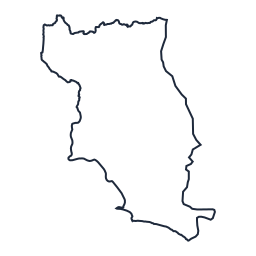 outline of Solís Grande, Maldonado, Uruguay
{"feature_id": "84410073B83556498803865", "entity_name": "Solís Grande", "entity_type": "district", "adm_level": 2, "iso_a3": "URY", "parent_name": "Uruguay", "parent_adm1": "Maldonado", "projection": "mercator", "projection_center": [-55.417, -34.719], "detail": "fine", "context": "isolated", "style": "outline", "palette": "slate", "viewbox_px": 256, "rotation_deg": 0, "n_neighbors": 0, "source": "geoboundaries", "source_scale": "gbopen_adm2", "svg_char_len": 5524}
<svg xmlns="http://www.w3.org/2000/svg" viewBox="0 0 256 256"><path d="M116.4,208.4L117.0,208.7L120.5,208.9L123.2,209.5L126.9,210.7L129.8,212.1L131.4,213.7L132.0,215.4L132.4,216.2L132.3,216.7L131.6,217.7L131.5,218.3L131.5,218.9L132.0,219.7L132.1,220.5L132.3,220.8L132.5,220.5L133.4,220.9L134.8,220.9L135.7,221.0L138.0,220.7L138.2,220.8L142.2,221.1L143.9,221.5L145.5,221.5L146.3,221.7L149.6,222.0L151.4,222.7L152.0,223.1L152.7,223.1L153.1,223.3L154.0,224.0L154.3,223.9L156.4,224.1L164.0,226.2L166.2,226.6L168.6,227.7L170.4,229.1L171.0,229.5L171.8,229.7L173.5,231.2L174.9,231.1L175.8,231.4L176.6,232.1L177.6,232.6L178.0,233.2L178.6,233.8L180.8,234.9L181.3,234.8L183.3,236.5L183.7,236.6L185.3,237.8L186.0,239.1L186.8,239.3L187.9,240.5L188.6,240.6L191.2,238.7L195.6,236.6L197.8,234.2L198.3,230.8L197.3,225.4L197.0,220.6L197.0,217.9L198.8,216.8L201.1,216.7L204.5,217.4L210.7,219.7L212.8,218.2L214.9,211.9L214.3,209.9L212.7,209.3L197.3,209.5L192.2,208.8L189.9,206.7L183.7,204.1L182.5,201.1L183.1,191.7L187.0,187.2L187.8,182.2L188.8,179.2L188.8,171.5L186.0,169.5L186.4,166.0L190.9,164.0L192.7,161.6L189.0,157.4L191.4,154.5L192.8,149.5L200.6,144.8L196.3,140.0L193.1,133.9L192.8,118.7L186.0,104.2L185.9,98.6L181.7,94.5L175.4,85.9L172.3,76.2L166.0,71.1L163.7,66.4L163.1,62.3L161.6,59.6L161.1,51.2L163.4,44.0L165.9,37.1L165.8,25.2L166.9,19.9L166.0,19.8L165.1,19.8L164.1,19.5L163.2,19.3L162.0,18.8L161.1,18.5L160.2,17.9L159.0,17.8L157.5,18.2L156.9,18.0L156.6,19.3L156.0,20.1L155.4,20.3L154.8,20.2L153.9,20.3L152.5,21.5L150.7,21.9L150.1,22.8L149.5,23.0L149.0,22.9L147.2,23.2L145.5,22.9L145.0,23.0L144.6,23.4L143.5,23.6L143.0,23.5L143.0,23.0L142.6,22.9L141.0,23.2L139.1,23.1L136.9,21.7L135.3,21.5L133.7,21.9L133.1,22.4L132.5,23.7L132.4,24.1L132.2,24.7L131.2,25.3L130.8,26.0L130.3,26.4L130.1,26.5L129.1,26.3L128.0,26.6L127.8,26.8L127.3,26.4L127.7,25.3L127.6,25.0L127.4,24.7L127.0,24.6L126.8,25.0L126.6,24.9L126.4,25.1L126.1,25.1L124.5,24.4L123.8,24.2L123.2,24.5L122.8,24.5L122.6,24.7L122.2,24.7L121.8,24.6L121.2,24.1L120.4,24.0L119.5,23.5L119.3,23.2L118.8,21.3L118.4,20.7L117.9,20.2L117.0,20.0L116.9,20.2L116.6,20.3L116.1,20.1L115.7,20.3L115.5,20.7L114.3,21.7L113.8,22.4L112.9,23.0L112.6,23.0L112.4,22.9L111.9,23.2L111.3,23.3L111.2,23.6L109.7,23.8L109.2,24.0L107.4,24.0L106.6,24.5L105.2,24.7L104.4,25.0L104.1,24.9L104.0,24.7L104.2,24.0L104.1,23.3L103.5,22.5L103.1,22.3L102.8,22.7L101.9,23.2L101.5,23.7L101.3,23.7L100.8,24.0L100.3,24.6L100.2,24.6L99.5,25.4L99.2,26.7L98.8,27.1L96.0,27.0L95.8,27.1L95.5,28.2L95.6,30.0L95.7,30.3L95.6,31.0L95.2,32.2L94.3,32.8L94.0,32.8L93.8,32.4L93.1,32.1L93.0,31.8L92.3,31.6L90.2,31.4L89.9,31.5L89.9,31.8L88.9,32.4L88.7,32.8L87.6,33.3L86.7,34.0L84.4,34.1L83.8,33.9L83.7,33.6L83.4,33.2L83.7,32.6L83.8,31.7L83.6,31.3L83.3,31.2L80.5,31.5L80.1,31.6L79.6,31.6L78.9,31.9L78.7,32.3L78.3,32.5L77.9,32.5L74.8,33.0L73.9,33.4L73.5,33.9L72.8,34.0L71.1,33.6L70.7,33.3L70.4,32.1L70.5,32.0L70.5,31.7L70.2,31.0L70.1,30.5L69.7,29.9L69.6,29.7L69.5,29.0L69.7,28.1L69.4,27.5L69.3,26.6L69.1,26.4L69.0,26.0L68.6,25.3L67.6,24.9L67.1,24.1L65.2,22.6L64.1,21.0L63.7,20.1L63.6,19.3L63.7,18.0L63.4,17.5L62.5,17.4L62.3,17.5L62.2,17.8L62.1,17.7L61.5,16.8L61.5,16.3L61.2,15.9L60.8,15.5L59.8,15.4L59.7,15.6L59.2,15.7L57.1,15.4L56.8,15.9L56.8,16.8L56.9,17.0L56.7,17.6L56.8,18.0L56.5,18.7L57.0,19.8L56.9,20.3L56.6,21.0L55.7,21.6L55.4,22.5L55.0,23.0L53.2,23.9L52.6,25.2L52.1,25.3L50.8,25.2L49.6,25.5L48.7,25.2L46.9,25.5L44.8,24.5L44.0,25.0L43.7,25.3L43.4,27.4L43.6,28.1L43.7,29.0L43.4,30.2L43.6,32.7L43.2,34.5L43.6,35.0L43.6,35.6L43.8,36.5L43.7,37.2L43.5,37.4L43.7,38.5L43.4,43.5L43.0,48.1L42.9,49.4L42.7,51.1L42.5,51.9L42.5,52.3L42.4,52.5L42.0,52.7L41.5,52.7L41.1,53.0L41.3,54.1L41.3,54.6L41.6,55.3L41.3,55.9L41.3,56.5L41.5,57.4L41.6,59.2L41.9,59.9L42.5,60.5L43.0,60.8L43.8,61.6L44.9,62.4L46.2,63.6L46.8,64.2L47.3,65.6L48.9,67.6L49.6,68.9L51.2,70.6L51.3,71.2L51.4,71.4L52.1,71.6L52.6,71.5L53.3,71.7L56.3,73.1L57.5,74.2L58.5,76.0L58.9,76.6L59.3,76.7L59.9,76.5L60.8,76.9L61.4,77.4L61.9,77.7L63.4,78.9L65.4,80.2L66.4,81.3L67.7,82.3L69.2,82.1L70.3,81.6L70.5,81.3L70.3,81.1L70.4,80.3L70.5,80.2L71.3,80.0L71.6,80.0L72.3,80.5L73.3,80.6L76.2,81.9L76.9,82.4L77.4,83.1L78.1,83.0L78.1,83.5L78.7,83.9L78.8,84.3L79.3,84.8L79.5,85.4L79.7,85.6L79.8,86.1L80.1,86.8L80.5,87.9L80.5,88.5L80.0,89.2L80.1,89.7L80.1,90.1L79.6,90.7L79.2,91.0L78.8,92.4L78.9,93.6L79.2,94.3L79.1,94.9L78.8,94.9L78.6,95.1L78.5,96.0L78.7,96.4L79.6,97.1L79.7,97.4L79.5,98.1L79.2,98.4L79.1,98.7L79.3,99.7L79.2,100.2L78.7,101.1L78.4,101.3L78.3,101.8L78.1,104.1L77.6,105.1L76.8,106.4L76.6,107.0L76.8,107.4L77.4,107.9L77.9,109.7L78.3,110.6L78.7,111.3L79.7,112.2L80.0,112.7L80.7,116.1L80.8,117.2L80.7,118.1L80.4,119.1L79.6,121.2L78.3,122.6L76.8,122.9L75.3,122.9L72.8,123.6L72.2,124.0L72.1,124.4L71.8,125.9L72.0,127.9L72.3,129.5L70.9,133.0L70.7,135.1L70.9,136.8L72.3,140.4L72.5,142.2L72.4,143.8L71.2,146.5L70.9,148.4L71.1,150.4L71.4,152.0L71.7,152.8L71.8,154.1L71.5,155.1L71.1,155.7L70.0,156.2L68.6,157.5L68.4,158.0L68.5,159.1L69.5,160.1L70.2,160.3L72.5,160.2L77.6,158.8L79.0,158.5L82.3,158.4L83.9,158.6L86.9,160.2L88.3,160.7L89.6,161.0L91.0,160.8L92.3,160.4L93.6,159.8L94.4,159.6L95.4,160.0L96.8,161.0L98.2,162.3L103.8,169.0L104.7,170.5L105.8,173.1L105.9,174.2L105.8,176.9L106.0,178.4L106.7,179.9L107.7,180.9L108.7,181.4L109.7,181.5L111.9,181.1L112.7,181.7L117.3,187.4L121.6,193.2L124.6,199.3L124.9,200.4L124.9,202.6L124.4,204.2L123.4,206.2L123.4,207.2L123.0,207.5L121.7,207.6L120.9,207.5L119.5,207.1L118.4,207.1L117.2,207.8L116.4,208.4Z" fill="none" stroke="#1e293b" stroke-width="2"/></svg>